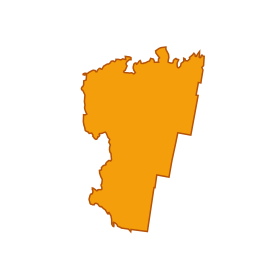 the district of Washington, Maine, United States of America, rotated 201°
{"feature_id": "52423323B19363512128609", "entity_name": "Washington", "entity_type": "district", "adm_level": 2, "iso_a3": "USA", "parent_name": "United States of America", "parent_adm1": "Maine", "projection": "mercator", "projection_center": [-67.458, 45.042], "detail": "fine", "context": "isolated", "style": "filled", "palette": "amber", "viewbox_px": 256, "rotation_deg": 201, "n_neighbors": 0, "source": "geoboundaries", "source_scale": "gbopen_adm2", "svg_char_len": 4443}
<svg xmlns="http://www.w3.org/2000/svg" viewBox="0 0 256 256"><g transform="rotate(201 128 128)"><path d="M72.1,96.8L75.3,113.3L78.1,131.3L79.8,141.4L68.2,143.6L66.8,143.9L74.2,183.5L76.2,183.1L78.1,193.2L78.6,195.7L76.1,196.2L76.8,199.2L78.8,209.0L80.8,211.1L79.8,213.3L82.5,222.0L82.6,221.9L83.5,221.9L84.6,222.6L85.2,222.5L85.6,221.1L85.3,220.0L85.7,219.6L86.2,219.4L87.1,219.8L87.3,221.4L88.6,225.1L89.3,222.8L89.8,220.4L89.8,219.4L90.5,219.1L90.8,219.0L91.8,220.6L93.3,221.4L93.6,220.7L93.6,220.0L95.9,215.9L95.1,214.7L96.4,212.0L98.5,211.5L99.5,213.0L101.0,213.1L99.8,210.2L101.6,207.3L101.1,204.8L101.8,203.0L102.6,202.2L103.5,202.5L104.0,202.9L105.2,205.5L105.5,208.1L105.2,208.5L105.1,209.8L106.1,210.0L107.3,209.6L108.2,210.1L109.3,208.7L109.8,207.1L109.4,205.3L110.1,204.4L111.2,203.9L113.9,203.8L114.3,204.1L114.7,205.6L115.1,208.4L116.6,211.3L120.8,215.0L121.6,217.2L125.9,214.9L127.6,213.3L129.9,209.9L128.7,207.9L123.7,204.8L124.3,203.6L123.5,201.0L123.0,200.4L126.9,198.8L127.4,199.8L129.0,201.4L131.8,201.1L131.9,198.2L132.9,197.5L134.3,196.0L135.4,194.8L136.4,194.5L136.5,194.1L136.9,193.7L138.5,193.2L139.3,193.4L139.5,194.0L140.3,195.0L140.9,195.4L141.6,194.2L142.0,192.6L142.7,190.6L142.9,190.5L143.9,191.6L144.9,190.9L145.4,189.8L145.0,186.7L144.3,185.2L143.7,184.8L143.5,184.2L141.0,182.4L141.9,180.6L144.4,180.9L146.2,179.8L147.0,179.7L151.2,178.5L152.2,178.8L152.1,180.1L151.3,180.9L151.1,185.7L152.3,186.4L152.9,187.3L152.8,189.4L151.0,192.6L149.7,192.7L149.7,193.1L150.5,194.8L151.9,194.9L152.8,194.7L156.2,193.9L154.7,191.1L157.8,190.6L159.1,189.0L161.3,188.7L163.8,187.8L163.6,187.4L163.6,186.3L164.1,185.2L164.6,185.1L165.9,185.3L167.5,184.4L167.5,184.2L168.2,182.0L169.2,180.6L170.3,180.3L172.9,177.0L173.4,173.5L174.1,173.3L175.1,173.7L176.1,173.4L177.2,171.0L177.3,169.3L178.1,169.0L179.3,169.9L181.1,169.5L181.8,169.0L184.4,166.0L185.0,164.9L185.4,164.5L185.9,164.2L186.8,163.8L187.1,163.9L188.0,163.6L189.2,162.5L189.2,162.1L189.0,161.7L187.5,161.9L186.6,162.4L186.6,162.8L185.8,163.0L185.4,161.6L184.3,158.0L184.7,157.4L186.2,156.2L185.9,155.3L184.9,152.4L185.1,150.3L185.4,150.2L185.7,149.3L185.6,147.9L184.9,147.1L183.7,146.9L180.4,143.8L179.9,143.0L179.8,142.6L178.1,136.8L176.7,134.6L176.2,133.5L176.0,131.9L175.2,130.3L173.3,128.0L171.4,126.3L172.7,124.9L174.3,124.5L173.9,123.5L172.0,117.9L170.2,114.9L168.5,112.8L167.2,110.6L167.0,110.4L166.8,110.3L166.1,110.1L163.7,109.9L162.3,109.0L160.3,110.2L159.8,110.2L159.5,109.9L159.2,109.5L158.4,109.1L158.2,108.9L158.0,108.0L157.8,107.6L156.6,107.0L156.2,106.6L155.2,106.1L153.9,105.9L153.2,106.4L153.1,106.6L152.8,108.1L152.8,108.3L153.0,108.6L153.0,109.0L152.5,109.2L152.2,109.4L151.8,110.6L151.9,111.2L152.4,111.5L152.7,111.7L152.7,112.3L152.5,112.6L152.3,112.8L151.5,113.0L150.2,113.9L149.0,115.0L147.9,115.9L147.8,116.0L147.3,115.8L146.4,115.3L146.1,115.0L143.2,111.9L142.5,111.6L141.0,110.8L140.9,110.3L140.9,110.0L141.0,109.7L140.8,107.8L138.4,105.8L138.4,104.9L138.2,103.2L137.6,101.3L137.3,100.7L135.8,98.6L135.1,98.4L134.9,98.3L134.8,98.1L132.2,92.9L132.0,92.5L132.0,92.3L132.3,91.1L132.6,90.9L132.8,91.0L133.1,91.2L134.5,90.6L134.5,90.1L135.1,89.6L135.9,87.5L136.0,87.1L136.0,86.7L135.5,86.1L135.5,85.8L135.5,85.7L135.8,85.4L137.1,84.5L137.8,83.6L138.3,82.3L138.6,81.3L138.0,80.4L137.9,79.8L138.2,79.0L138.3,78.8L138.6,78.6L139.0,78.6L139.5,78.2L138.3,75.7L136.4,73.4L135.3,72.2L134.0,71.1L133.7,70.8L133.3,69.8L132.6,66.8L132.5,66.1L132.8,65.8L132.8,65.4L132.3,64.3L131.5,63.6L130.9,62.8L130.6,61.7L130.5,61.2L131.0,60.8L132.2,60.4L133.4,59.9L134.0,59.5L134.0,58.8L134.0,58.7L134.8,58.2L136.2,58.7L138.4,59.2L138.6,59.3L138.8,59.0L138.9,58.6L139.1,58.6L139.3,58.7L139.7,59.2L139.8,59.2L139.3,57.8L138.1,56.5L137.8,55.1L137.8,54.8L137.8,54.1L138.1,53.3L138.3,53.2L138.4,53.3L138.5,53.3L138.8,53.3L139.3,51.9L139.0,48.6L138.8,47.5L138.4,46.8L136.2,43.9L135.6,43.6L133.4,43.7L132.0,44.2L131.9,44.5L132.1,44.8L132.1,45.2L131.9,45.6L131.0,46.3L128.9,46.2L127.2,45.0L126.0,44.6L124.9,44.8L124.9,45.1L124.4,45.1L122.1,44.0L119.7,43.4L116.9,41.1L116.1,40.6L115.6,40.8L116.0,41.9L115.5,42.3L113.3,40.6L112.3,39.7L110.5,36.7L109.9,35.3L109.1,33.2L108.6,32.3L106.8,30.9L106.5,30.9L106.0,30.9L106.1,31.6L106.4,32.5L107.2,33.7L107.8,34.0L107.8,34.5L107.6,34.8L106.5,34.8L104.0,34.1L102.4,32.6L98.8,32.5L98.5,32.2L91.3,33.8L88.3,32.2L88.8,34.4L72.8,38.3L82.4,81.7L81.4,81.9L84.3,94.5L72.1,96.8Z" fill="#f59e0b" stroke="#b45309" stroke-width="1.5"/></g></svg>